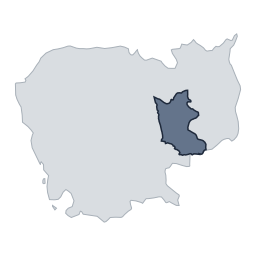 location of Krâchéh within Cambodia
{"feature_id": "KHM-1793", "entity_name": "Krâchéh", "entity_type": "Province", "adm_level": 1, "iso_a3": "KHM", "parent_name": "Cambodia", "parent_adm1": "", "projection": "orthographic", "projection_center": [106.195, 12.682], "detail": "fine", "context": "in_parent", "style": "filled", "palette": "slate", "viewbox_px": 256, "rotation_deg": 0, "n_neighbors": 0, "source": "natural_earth", "source_scale": "10m", "svg_char_len": 6104}
<svg xmlns="http://www.w3.org/2000/svg" viewBox="0 0 256 256"><path d="M236.7,33.9L237.3,36.3L235.6,40.9L233.7,45.1L230.2,48.7L230.0,51.4L228.8,59.3L229.3,61.8L230.1,64.0L231.3,65.2L234.4,72.9L237.3,80.0L240.1,85.8L240.6,89.5L238.1,98.8L235.2,107.4L235.5,111.6L236.8,115.9L238.2,121.6L238.7,128.8L238.0,133.6L236.7,136.6L234.1,139.6L231.8,141.1L229.1,138.6L227.0,138.5L224.1,139.3L221.8,140.5L217.2,144.9L212.0,149.2L204.9,150.4L202.1,153.6L199.2,154.0L193.5,154.2L189.9,154.9L190.0,156.6L189.7,164.2L189.8,165.9L189.2,166.4L186.7,166.6L182.4,165.5L176.5,163.6L172.4,163.3L170.2,166.6L168.9,167.9L167.4,168.1L165.7,168.7L165.2,170.2L165.0,172.0L165.8,175.2L166.1,180.2L165.9,183.6L167.4,185.8L176.4,193.1L179.0,194.9L179.3,196.0L177.7,200.0L179.1,205.5L176.3,205.4L171.7,203.0L169.4,201.6L166.7,202.7L165.8,202.5L163.9,199.8L161.5,197.0L159.1,196.8L153.8,197.9L148.5,198.6L146.5,198.6L145.7,199.1L142.6,203.3L141.3,202.5L135.9,200.9L131.0,200.3L130.0,201.4L130.6,204.8L131.6,208.1L131.0,209.5L128.3,211.2L124.7,214.4L122.5,216.8L121.0,217.4L115.6,217.2L110.2,217.5L108.0,219.8L105.9,221.6L104.2,222.1L97.2,216.3L83.2,214.2L81.7,211.7L80.3,211.2L79.0,214.5L71.3,217.5L68.1,215.6L65.7,213.3L66.1,210.5L68.3,208.2L72.2,206.6L74.0,200.8L71.1,193.4L68.6,191.3L65.9,189.5L63.1,192.2L60.7,196.9L58.2,199.3L54.7,199.8L49.5,199.6L47.6,192.5L47.0,186.5L47.8,179.6L48.6,175.6L43.7,169.9L43.5,164.5L41.2,161.8L40.4,163.1L40.5,164.7L39.8,163.6L32.2,147.8L31.0,140.5L32.4,134.9L33.3,133.0L31.1,130.0L28.0,126.6L22.5,122.2L22.2,115.2L21.1,107.0L19.4,104.2L17.0,99.2L15.7,95.0L15.4,83.9L16.1,83.0L20.0,82.8L25.1,82.1L25.9,80.3L25.0,78.8L28.3,76.3L33.0,70.9L36.6,65.2L39.2,61.7L40.8,58.1L46.0,53.1L53.2,49.7L58.1,48.9L63.2,47.7L68.0,46.1L70.3,46.0L76.3,48.1L79.5,48.6L82.9,48.6L86.5,48.9L89.5,48.7L96.9,47.3L104.7,48.5L111.7,47.7L120.3,46.1L124.6,47.1L128.4,48.8L128.9,52.2L129.8,53.7L131.1,54.9L132.8,54.9L135.0,52.6L136.9,50.1L137.5,49.7L137.6,50.9L138.5,53.5L140.1,56.1L141.8,57.8L144.5,60.1L146.4,60.2L152.3,58.1L161.1,61.2L162.1,62.8L165.0,66.0L168.1,68.3L175.0,68.4L177.5,62.8L176.3,59.4L172.4,53.4L171.3,49.9L172.5,49.3L179.2,48.6L180.3,48.0L181.8,44.1L183.6,44.5L187.3,45.0L191.2,42.4L193.5,39.6L194.7,40.9L196.1,42.8L197.6,43.9L200.5,45.6L203.6,47.9L205.5,50.3L207.0,51.1L211.0,50.5L212.1,50.6L214.3,47.8L216.0,46.3L217.3,46.7L219.3,46.6L223.4,43.1L225.8,39.8L227.1,38.9L230.8,40.5L232.3,40.2L234.4,35.7L236.7,33.9ZM45.1,183.2L44.3,183.6L43.6,183.6L42.8,183.0L42.9,180.4L43.5,178.9L44.8,178.6L45.1,183.2ZM56.5,208.2L54.9,209.9L52.5,206.3L52.5,205.4L56.5,208.2Z" fill="#d9dde1" stroke="#a8b0b8" stroke-width="1"/><path d="M206.0,149.7L205.2,149.8L204.2,150.4L203.5,151.4L203.0,152.8L202.2,153.9L201.3,154.2L199.2,153.7L199.5,154.4L195.8,153.9L193.8,153.8L192.4,154.8L191.9,154.7L191.6,154.4L191.5,154.1L191.1,153.8L190.5,153.7L190.0,153.7L189.0,154.0L188.8,154.2L185.8,154.9L185.4,154.9L184.4,154.7L184.2,154.7L183.9,154.7L182.8,155.2L182.4,155.2L182.2,155.2L181.9,155.0L181.6,154.6L179.6,154.7L179.1,154.4L179.1,154.1L179.1,153.8L179.2,153.7L179.3,153.6L179.5,153.4L179.7,153.2L179.8,153.0L179.9,152.8L179.9,152.7L179.2,151.3L178.9,150.9L178.7,150.7L178.3,150.5L177.8,150.2L177.1,149.6L176.8,149.5L176.7,149.5L176.1,149.5L176.0,149.4L175.2,149.0L174.7,148.8L174.6,148.7L174.5,148.4L174.7,148.2L174.9,148.0L174.9,147.8L175.0,147.7L174.9,147.2L174.8,146.9L174.5,146.4L174.3,146.2L174.1,146.1L173.9,146.1L173.7,146.1L173.2,146.0L172.9,145.1L172.7,144.9L171.6,144.0L171.0,143.8L169.5,143.5L168.2,143.0L167.9,142.9L167.6,142.8L167.3,142.9L167.2,142.9L166.8,143.2L166.7,143.2L165.5,143.5L165.1,141.7L164.9,141.5L164.7,141.5L163.9,141.5L161.8,141.0L161.6,141.1L161.4,141.1L161.5,139.8L161.6,139.6L161.7,139.4L161.9,139.2L162.1,138.9L162.5,138.4L162.7,138.0L162.7,137.6L162.6,135.4L162.0,132.0L161.5,130.4L160.4,125.2L159.1,121.3L159.0,120.3L158.5,118.5L158.6,117.7L158.5,116.2L158.6,115.7L158.8,115.3L158.8,115.2L158.8,114.7L158.8,114.4L158.5,113.8L158.2,113.4L157.7,112.9L157.6,112.7L157.7,112.3L157.8,112.1L158.0,111.7L158.2,111.3L158.2,111.1L158.1,110.9L157.9,110.5L157.7,110.4L157.6,110.2L157.3,110.1L157.2,110.0L157.1,109.7L156.7,106.7L156.7,106.4L156.7,106.1L157.0,105.4L157.1,105.1L157.0,104.8L156.9,104.5L156.6,103.9L156.2,103.4L155.6,102.8L155.5,102.7L154.1,97.0L157.8,98.8L159.5,99.2L160.0,99.5L163.9,102.5L165.3,103.2L166.2,103.7L166.6,103.7L167.0,103.7L167.6,103.7L169.4,103.1L169.5,103.0L169.7,102.8L170.0,102.4L170.8,100.9L170.9,100.6L170.9,100.0L171.0,99.8L171.1,99.7L171.4,99.5L171.6,99.5L172.4,99.9L172.5,99.9L172.8,99.9L173.0,99.9L173.2,99.7L173.3,99.6L173.4,99.4L173.7,98.0L173.8,97.7L176.4,93.8L176.9,93.4L177.2,93.2L177.5,93.0L177.9,92.9L179.9,92.8L181.0,93.0L181.3,93.0L181.6,92.9L181.9,92.6L182.3,92.0L182.5,91.9L182.8,91.7L185.3,90.6L186.0,90.4L187.6,90.3L187.7,95.1L187.5,96.0L187.7,97.0L188.3,98.7L188.7,99.3L190.1,100.0L190.5,100.3L190.7,100.6L190.8,100.8L190.9,101.1L190.9,101.3L190.9,101.5L190.8,101.8L190.7,101.9L188.0,101.8L187.8,101.9L187.6,102.1L187.3,102.5L187.1,102.8L187.0,103.0L187.1,104.4L187.1,104.7L187.2,104.8L187.4,105.0L188.7,106.9L188.9,107.0L189.0,107.1L189.6,107.4L189.7,107.5L189.9,107.7L190.2,108.1L190.4,108.4L190.8,108.7L191.3,108.9L191.6,108.9L192.3,108.9L192.5,108.9L192.8,109.0L193.1,109.2L193.6,109.8L196.1,111.4L197.7,112.0L198.0,112.2L198.2,112.3L198.3,112.5L198.4,112.8L198.4,113.3L198.6,115.0L198.6,115.5L198.3,115.7L198.2,115.8L197.9,115.9L197.7,116.1L197.4,116.4L196.9,117.2L196.6,117.5L196.4,117.7L195.2,118.3L194.2,118.5L193.5,119.0L192.4,119.3L190.7,120.3L190.1,121.0L189.1,122.6L188.0,126.7L187.8,127.8L188.0,128.5L187.9,129.5L188.0,129.6L188.0,129.8L188.2,130.0L188.4,130.2L189.6,130.7L191.6,132.0L192.2,132.3L193.1,132.8L193.4,133.1L193.6,133.2L193.9,133.3L194.5,133.5L195.8,134.6L195.9,134.8L196.1,135.1L196.6,136.2L197.2,138.1L197.4,138.5L197.5,138.7L197.7,138.9L198.3,139.3L199.0,139.5L200.1,139.7L201.9,140.2L202.5,140.4L203.0,140.7L203.4,140.9L203.5,141.0L204.1,141.7L204.4,141.9L204.8,142.2L205.1,142.8L205.3,143.2L205.9,144.2L205.9,144.6L205.7,147.5L206.0,149.4L206.0,149.7L206.0,149.7Z" fill="#64748b" stroke="#1e293b" stroke-width="1.5"/></svg>